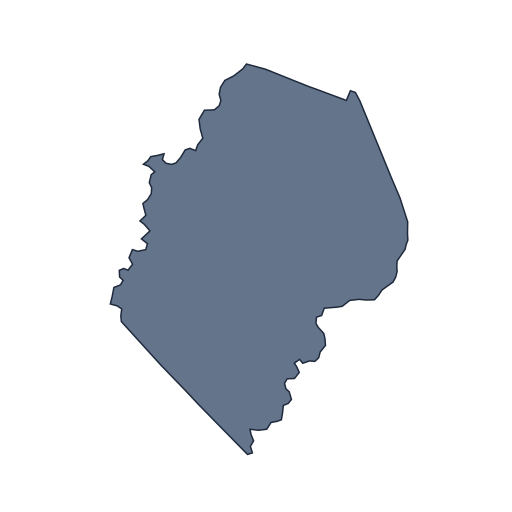 outline of Tupãssi, Paraná, Brazil, rotated 201°
{"feature_id": "56859067B37037005720228", "entity_name": "Tupãssi", "entity_type": "district", "adm_level": 2, "iso_a3": "BRA", "parent_name": "Brazil", "parent_adm1": "Paraná", "projection": "mercator", "projection_center": [-53.504, -24.635], "detail": "fine", "context": "isolated", "style": "filled", "palette": "slate", "viewbox_px": 512, "rotation_deg": 201, "n_neighbors": 0, "source": "geoboundaries", "source_scale": "gbopen_adm2", "svg_char_len": 1721}
<svg xmlns="http://www.w3.org/2000/svg" viewBox="0 0 512 512"><g transform="rotate(201 256 256)"><path d="M126.6,342.2L142.3,361.7L157.1,377.0L214.5,437.9L221.8,444.3L227.1,444.1L227.4,433.6L259.6,433.3L268.5,433.1L313.9,433.8L333.7,431.8L335.5,425.8L341.4,416.1L348.0,408.8L349.6,400.8L348.4,393.9L344.5,388.5L344.2,383.1L347.3,377.5L356.4,373.6L358.2,363.1L353.6,354.6L347.9,346.9L350.3,338.9L350.1,332.7L356.4,332.8L360.1,329.7L361.8,320.6L364.1,314.2L367.6,311.3L373.2,310.3L377.9,312.4L378.5,318.5L384.2,314.5L389.8,311.1L391.2,305.9L394.0,301.3L388.2,301.3L380.7,298.3L383.0,294.4L381.9,286.2L377.9,282.4L376.1,276.7L377.4,269.9L380.4,264.5L377.9,260.7L373.4,254.5L376.9,247.1L371.8,245.6L364.0,241.4L369.1,230.9L361.8,228.6L361.2,222.4L368.2,218.0L373.7,217.7L373.9,208.8L368.3,204.1L370.4,196.9L375.1,196.9L378.5,193.6L375.8,187.5L371.3,185.6L372.2,180.5L377.4,175.7L375.8,166.9L374.8,159.0L367.8,159.7L362.4,158.5L360.8,151.8L358.2,146.5L305.4,119.9L273.2,104.9L256.9,97.0L237.5,88.1L192.8,67.7L188.8,70.9L193.0,76.2L192.0,82.6L196.6,87.5L199.5,92.1L191.2,94.2L183.9,98.1L182.3,106.0L177.2,109.1L173.6,112.2L175.0,119.1L176.9,126.3L173.1,129.9L171.5,134.8L176.4,141.2L180.4,142.7L183.7,147.3L182.9,152.5L176.2,155.4L173.9,162.8L178.3,167.2L181.8,169.7L178.3,175.1L173.9,172.6L168.5,177.2L163.3,178.7L161.0,183.4L161.7,189.3L159.1,197.4L161.9,203.4L165.0,208.0L172.2,211.6L175.9,214.6L177.6,220.6L173.4,224.0L173.6,231.7L162.0,237.3L157.5,239.9L152.6,248.1L144.2,252.5L137.6,254.3L129.7,257.6L127.6,263.0L126.2,269.4L122.9,274.5L118.7,280.8L118.0,286.2L118.7,292.1L120.8,296.7L122.5,301.9L119.2,315.7L119.9,320.4L119.9,325.2L122.6,331.2L126.6,342.2Z" fill="#64748b" stroke="#1e293b" stroke-width="1.5"/></g></svg>